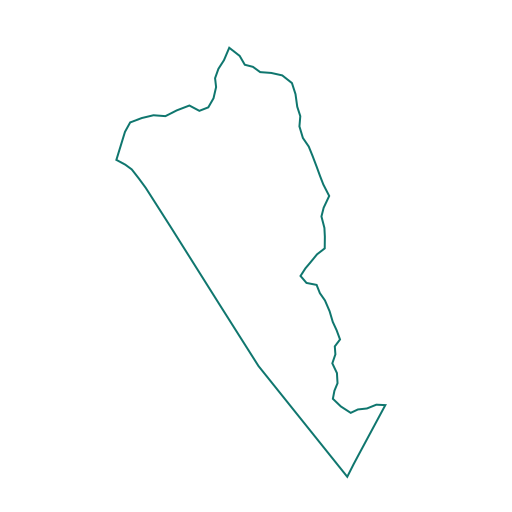 Muribeca, Sergipe, Brazil (Mercator projection), rotated 191°
{"feature_id": "56859067B76583201767693", "entity_name": "Muribeca", "entity_type": "district", "adm_level": 2, "iso_a3": "BRA", "parent_name": "Brazil", "parent_adm1": "Sergipe", "projection": "mercator", "projection_center": [-36.966, -10.377], "detail": "fine", "context": "isolated", "style": "outline", "palette": "teal", "viewbox_px": 512, "rotation_deg": 191, "n_neighbors": 0, "source": "geoboundaries", "source_scale": "gbopen_adm2", "svg_char_len": 1075}
<svg xmlns="http://www.w3.org/2000/svg" viewBox="0 0 512 512"><g transform="rotate(191 256 256)"><path d="M100.6,134.3L109.5,133.0L118.0,127.5L126.7,124.8L133.1,120.1L144.0,124.5L153.3,130.5L153.3,138.7L151.7,146.7L154.2,156.5L160.6,165.2L159.3,174.6L161.4,182.3L157.6,190.1L162.7,198.5L168.1,206.0L173.2,215.8L179.8,225.5L186.2,231.7L191.0,239.2L201.3,239.2L208.5,244.9L205.1,253.4L201.3,260.2L196.4,269.3L190.0,276.6L192.1,288.1L194.2,296.6L199.3,307.3L198.8,316.3L195.6,328.9L203.6,339.1L208.5,346.9L213.3,354.9L219.5,364.9L225.1,373.5L232.5,380.8L238.1,391.5L239.2,401.7L244.0,410.4L248.1,422.4L253.7,432.6L264.7,438.3L276.0,438.6L287.0,437.3L295.1,441.1L303.5,441.6L310.2,449.3L322.0,455.3L324.8,442.1L328.6,432.6L330.1,422.7L327.4,414.2L327.8,402.7L331.2,392.8L339.3,387.7L350.1,391.0L361.6,383.8L371.6,376.0L383.5,374.6L394.5,369.6L405.0,363.1L408.3,352.9L411.4,323.7L401.7,320.7L394.5,317.3L386.1,310.0L377.2,301.8L344.7,267.6L283.1,202.0L258.0,175.4L232.5,148.4L124.3,56.7L120.5,70.1L117.5,79.9L100.6,134.3Z" fill="none" stroke="#0f766e" stroke-width="2"/></g></svg>